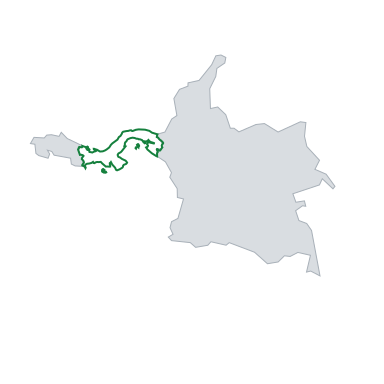 map of Panama with Colombia and Costa Rica greyed out, rotated 341°
{"feature_id": "PAN", "entity_name": "Panama", "entity_type": "country or territory", "adm_level": 0, "iso_a3": "PAN", "parent_name": "North America", "parent_adm1": "", "projection": "mercator", "projection_center": [-80.239, 8.409], "detail": "fine", "context": "with_neighbors", "style": "outline", "palette": "green", "viewbox_px": 384, "rotation_deg": 341, "n_neighbors": 2, "source": "natural_earth", "source_scale": "50m", "svg_char_len": 4452}
<svg xmlns="http://www.w3.org/2000/svg" viewBox="0 0 384 384"><g transform="rotate(341 192 192)"><path d="M329.0,233.2L326.3,234.9L319.5,221.9L314.8,226.8L286.8,226.5L286.9,235.5L295.4,237.0L294.9,242.5L292.0,241.0L283.9,243.4L283.8,253.8L290.2,259.1L292.5,267.3L285.7,313.0L278.5,305.4L274.2,305.0L283.4,290.4L272.4,283.6L263.8,284.9L258.6,282.4L250.7,286.2L240.0,284.4L231.5,269.3L210.7,252.0L206.9,253.4L193.7,245.2L189.6,247.5L177.4,245.5L173.9,239.3L156.8,231.3L154.9,226.9L160.3,225.8L159.6,218.6L163.0,213.4L170.1,212.4L181.7,195.8L176.4,192.4L179.1,184.0L175.8,170.8L178.9,167.0L176.7,154.8L170.8,147.1L172.7,140.0L177.3,141.1L180.0,136.7L176.7,128.2L178.4,126.1L185.9,126.5L196.6,116.4L202.6,114.8L205.3,97.7L213.6,90.9L222.6,90.6L223.8,87.5L235.0,88.8L252.0,78.1L258.9,71.0L264.0,71.9L267.8,75.8L265.0,80.7L255.8,83.2L252.1,90.5L242.4,100.1L236.6,119.1L244.0,120.0L249.1,129.9L249.0,144.2L252.5,145.4L255.9,150.4L274.4,149.0L282.8,150.9L292.9,163.3L317.3,160.9L322.3,163.4L316.5,176.0L315.4,186.4L322.9,203.5L315.6,210.6L324.6,218.8L329.0,233.2Z" fill="#d9dde1" stroke="#a8b0b8" stroke-width="1"/><path d="M103.8,113.0L98.2,114.3L98.3,120.2L101.3,122.4L99.1,124.1L97.8,132.5L90.0,129.3L87.0,126.3L88.2,120.5L73.6,112.3L72.6,108.0L68.9,105.4L69.8,109.7L66.9,113.2L59.0,107.7L57.0,104.7L59.0,95.7L55.0,93.6L60.4,88.9L69.9,92.8L73.2,90.9L77.8,92.1L84.4,96.1L87.8,93.0L91.5,100.9L103.8,113.0Z" fill="#d9dde1" stroke="#a8b0b8" stroke-width="1"/><path d="M178.1,126.2L177.9,126.4L177.1,127.6L176.6,128.6L177.7,129.6L178.0,130.7L178.5,131.9L179.4,133.1L180.5,135.3L180.7,136.2L180.4,136.8L179.4,137.1L178.5,138.2L178.3,139.5L178.5,140.1L175.8,142.1L175.1,142.4L174.6,142.1L174.0,141.1L173.4,140.3L173.0,140.0L172.8,140.0L172.6,140.2L172.5,140.6L172.8,142.5L172.5,143.3L171.6,143.9L170.6,147.0L170.1,146.6L166.7,142.4L163.7,137.3L163.1,134.9L163.8,134.8L164.6,134.8L165.0,134.5L165.5,133.8L165.1,132.2L166.5,131.0L167.1,130.2L167.5,130.3L168.4,131.7L169.8,132.5L171.5,133.6L172.6,133.9L171.2,132.7L169.0,131.1L168.3,130.0L167.7,128.6L166.8,129.2L166.4,129.7L165.9,130.0L165.5,129.7L165.4,129.2L164.1,129.1L163.8,128.7L163.4,128.5L163.6,129.4L163.8,129.9L163.7,130.6L163.2,130.6L162.9,130.0L162.4,129.3L161.7,126.7L160.2,125.4L159.5,125.0L158.9,124.9L158.1,124.0L156.9,123.6L155.4,122.3L153.5,121.3L151.2,121.0L148.4,121.2L147.5,121.7L146.8,122.4L146.5,122.7L144.9,123.4L144.2,124.5L143.9,125.5L143.0,126.5L144.0,127.2L138.6,130.7L137.5,131.2L135.1,131.6L134.5,132.0L133.8,132.7L133.7,133.8L133.8,134.7L134.5,135.4L135.1,135.8L136.6,138.0L139.3,140.6L139.8,141.6L140.2,143.1L139.4,143.7L138.8,144.0L136.3,144.1L135.4,144.7L135.0,145.6L134.1,146.3L130.8,147.0L128.2,147.1L127.4,146.3L127.2,144.0L125.5,140.0L125.1,137.3L124.7,137.6L123.7,137.9L123.4,138.6L123.2,140.6L122.9,141.3L122.2,141.2L120.7,140.5L118.8,139.9L116.3,135.6L116.0,134.8L115.5,133.8L113.6,133.4L112.0,132.7L110.2,132.6L109.3,133.0L108.4,132.5L108.2,131.3L106.4,131.8L104.0,131.6L101.9,131.1L100.4,131.4L99.2,132.2L99.4,134.4L99.0,134.8L98.9,133.9L98.5,132.9L98.0,132.1L96.9,131.2L96.9,130.9L97.3,130.5L99.2,129.2L99.5,128.7L99.5,127.6L99.3,126.6L98.5,125.1L99.0,124.1L100.0,123.3L101.0,122.8L101.2,122.5L101.0,122.0L100.4,121.4L99.0,120.5L98.1,120.4L98.1,117.7L98.1,114.7L98.3,114.4L98.9,114.3L99.3,113.8L99.5,113.0L100.1,112.7L101.2,113.3L102.4,113.9L102.8,113.7L103.2,113.4L103.5,113.1L103.5,112.9L104.4,113.7L106.3,115.0L106.4,115.7L106.2,116.4L106.8,118.2L107.7,118.5L108.7,118.1L108.9,118.5L108.7,118.8L108.2,119.2L108.1,120.8L109.7,121.6L110.5,122.2L113.2,121.9L114.1,122.1L114.8,121.9L114.1,120.6L113.1,119.7L113.2,119.2L113.9,119.5L114.5,120.2L115.8,121.0L118.2,123.8L120.9,124.5L123.1,124.4L125.1,124.0L128.3,122.9L130.7,121.0L132.5,120.1L138.6,118.2L140.7,116.3L141.6,116.0L142.5,115.8L144.4,114.3L145.4,113.1L146.5,112.6L149.6,113.0L151.7,113.5L153.1,113.5L154.5,113.8L155.1,114.7L155.7,115.0L159.1,114.9L161.9,115.4L167.9,117.8L171.6,120.3L173.5,122.9L178.1,126.2ZM117.3,145.5L116.5,145.6L114.9,144.9L113.8,143.7L113.7,143.3L113.7,143.0L114.3,141.7L115.2,141.3L115.5,141.3L116.4,142.7L115.8,143.3L116.0,144.1L117.2,144.8L117.3,145.5ZM156.2,131.8L155.9,132.4L155.3,131.1L155.4,130.7L155.3,129.5L156.0,129.2L156.4,129.1L156.8,129.3L157.1,130.8L156.9,131.4L156.2,131.8ZM108.3,115.7L108.1,116.4L107.0,115.2L107.7,115.0L107.9,115.0L108.3,115.7ZM153.8,132.1L153.2,132.8L152.9,132.2L153.4,131.5L153.5,131.5L153.8,132.1Z" fill="none" stroke="#15803d" stroke-width="2"/></g></svg>